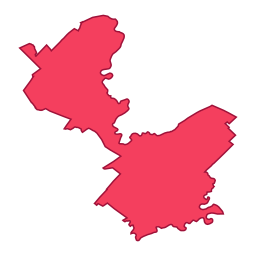 outline of Rafov, Prahova, Romania
{"feature_id": "2599482B7706005984570", "entity_name": "Rafov", "entity_type": "district", "adm_level": 2, "iso_a3": "ROU", "parent_name": "Romania", "parent_adm1": "Prahova", "projection": "equal_earth", "projection_center": [26.169, 44.85], "detail": "fine", "context": "isolated", "style": "filled", "palette": "rose", "viewbox_px": 256, "rotation_deg": 0, "n_neighbors": 0, "source": "geoboundaries", "source_scale": "gbopen_adm2", "svg_char_len": 5905}
<svg xmlns="http://www.w3.org/2000/svg" viewBox="0 0 256 256"><path d="M139.5,239.7L140.6,238.1L141.2,237.6L143.4,236.4L147.7,234.6L151.5,233.5L154.0,232.4L156.0,232.1L156.7,231.7L157.0,231.1L157.0,230.3L156.6,228.9L156.1,227.7L156.2,227.1L156.6,226.9L158.4,226.7L159.5,227.1L161.4,228.3L162.7,227.9L164.5,227.6L165.6,227.2L169.2,225.0L170.2,224.6L171.1,224.4L172.2,224.9L172.8,226.0L173.7,226.6L176.1,226.9L177.1,227.2L177.8,228.4L180.3,230.3L181.0,230.6L183.6,230.6L184.5,230.4L185.6,229.7L186.1,228.6L186.1,228.0L185.7,227.5L184.5,226.9L184.2,226.4L184.2,226.1L184.4,225.1L184.9,223.8L186.1,222.7L187.2,222.6L189.0,223.5L189.9,223.4L192.8,220.4L193.2,220.2L194.4,220.5L195.1,221.0L196.5,221.5L197.6,220.6L199.3,218.9L201.0,217.9L202.4,217.7L203.3,217.9L204.0,218.8L204.5,221.9L205.5,223.5L206.2,223.9L207.3,224.3L208.1,224.2L209.8,223.7L211.8,222.6L212.3,222.1L212.6,221.5L212.7,220.2L212.6,219.7L212.2,219.0L211.4,218.6L210.7,218.6L209.6,219.3L209.2,219.4L207.6,219.1L206.8,218.5L206.3,217.6L206.3,216.6L206.9,214.8L207.5,214.2L208.5,213.7L211.3,213.0L213.3,213.1L217.5,214.0L223.3,213.9L222.7,211.9L222.3,211.2L218.7,206.9L216.7,205.4L214.2,204.4L213.5,204.3L212.9,204.9L212.3,205.8L210.1,207.0L208.4,207.4L206.1,208.9L203.5,209.5L202.3,209.5L200.8,209.0L199.6,207.8L199.4,207.3L199.4,206.4L200.1,205.0L201.2,204.2L202.5,204.0L204.4,204.2L206.6,203.4L207.5,202.6L209.4,198.8L209.4,197.8L208.7,197.1L207.9,197.1L207.7,197.4L207.7,197.9L206.9,199.4L206.1,199.5L204.1,197.9L203.7,197.0L203.8,196.2L204.3,195.6L204.9,195.1L206.7,194.4L207.1,192.1L209.7,191.9L211.4,191.4L211.4,190.1L212.0,188.6L213.1,187.9L213.7,186.9L214.1,186.5L213.5,186.0L212.8,184.0L214.3,183.2L215.2,180.6L214.9,179.6L214.3,178.9L213.4,178.5L211.6,178.3L210.3,177.6L209.1,175.8L208.3,175.2L207.9,174.7L207.7,173.3L206.9,172.5L206.1,172.1L204.8,172.0L206.5,170.0L211.5,165.6L212.6,164.1L213.3,163.8L214.4,162.8L224.3,153.2L233.1,144.4L229.1,141.3L235.5,135.2L228.2,128.2L229.1,127.3L225.2,123.6L227.2,122.0L229.2,123.7L236.3,117.1L228.2,112.7L223.5,110.3L212.0,105.3L210.1,106.5L200.1,110.9L197.1,112.5L187.8,118.1L184.6,120.5L178.8,124.0L178.6,124.3L178.4,125.2L178.1,126.2L174.7,129.8L173.9,130.1L171.6,131.5L170.7,131.5L169.6,132.1L167.4,132.3L164.6,133.1L159.8,135.4L157.7,135.7L157.0,135.6L156.4,135.2L154.6,133.6L153.9,133.7L152.8,134.5L151.2,134.5L150.1,134.2L149.3,132.8L147.9,131.9L147.4,132.0L146.5,133.1L145.7,133.5L144.7,133.5L143.1,133.0L142.4,133.1L141.8,134.8L141.3,135.5L140.5,135.9L139.5,135.8L137.5,134.0L136.2,133.5L135.3,133.3L133.6,133.4L132.6,133.8L131.9,134.3L131.2,135.3L130.8,136.2L129.8,137.2L129.9,137.7L131.4,139.5L131.7,140.1L131.0,141.1L128.4,143.4L126.9,144.2L125.2,144.6L124.4,144.5L123.1,143.9L120.2,143.8L119.5,143.6L118.9,143.1L120.7,137.6L121.7,135.7L121.7,134.5L121.3,134.1L120.7,133.8L119.8,133.8L118.2,134.1L116.7,134.2L115.2,133.8L114.8,133.0L114.8,132.6L115.5,131.7L117.3,130.7L117.8,129.9L117.9,129.5L117.4,128.8L113.4,126.6L112.6,125.4L112.5,124.5L112.9,123.6L114.3,122.8L115.9,119.1L117.5,117.0L118.7,116.0L121.7,114.7L124.9,112.8L127.5,110.7L128.7,109.3L128.9,108.8L128.9,108.3L128.1,106.9L127.7,105.9L127.7,105.5L128.1,104.0L129.0,102.2L129.1,101.5L128.8,100.4L128.1,99.5L127.2,99.0L126.4,99.1L125.1,99.7L120.9,101.1L120.4,101.8L120.1,102.9L119.5,103.4L118.7,103.6L118.0,103.0L116.7,100.7L115.4,99.4L113.8,98.4L111.8,98.2L110.9,97.8L110.6,97.2L110.8,95.9L108.8,95.6L107.4,93.8L107.0,92.8L107.4,92.5L107.5,92.0L107.7,91.0L107.7,89.9L104.9,86.7L104.0,85.1L102.5,83.2L102.2,82.2L102.3,81.6L102.8,80.6L105.0,78.3L105.9,78.2L108.6,79.1L109.8,78.8L110.5,78.4L111.5,77.6L112.4,76.4L112.7,75.3L112.5,74.9L112.3,74.4L111.6,73.6L109.9,73.1L107.6,74.1L105.4,75.2L104.5,75.5L103.4,75.5L102.1,74.9L101.3,74.4L100.5,73.3L100.4,72.7L100.9,71.1L101.8,70.3L102.4,69.9L103.9,69.5L108.5,68.8L109.5,68.4L110.2,67.7L111.1,65.8L111.1,64.4L110.1,61.0L110.1,60.0L110.7,58.2L111.8,55.6L112.9,53.9L115.9,51.7L118.8,48.9L120.1,47.4L120.8,46.0L121.2,44.0L122.5,41.4L124.0,37.9L124.2,36.3L124.1,35.1L123.8,34.5L123.1,33.7L121.9,33.0L120.2,32.4L119.4,31.8L117.3,31.6L115.8,31.2L115.0,30.6L114.5,29.9L114.3,29.2L114.5,28.3L116.4,25.7L117.1,24.3L117.5,23.1L117.4,22.1L117.3,21.4L115.8,19.5L115.3,19.1L113.2,19.2L111.5,18.8L109.5,17.7L107.8,16.3L103.3,15.4L92.6,17.4L82.8,22.0L82.7,22.1L82.6,21.8L80.6,22.7L81.2,23.4L81.2,24.0L80.5,25.5L79.8,28.0L78.7,29.7L78.3,30.8L74.3,28.7L68.9,32.9L67.0,34.7L63.7,38.3L62.0,39.8L59.9,42.2L51.3,50.8L50.5,49.4L46.6,45.0L35.9,56.2L35.5,55.9L35.5,55.2L35.3,54.4L36.6,53.0L36.1,51.7L34.6,48.6L34.4,46.7L33.6,46.1L33.5,45.5L32.8,44.9L31.9,44.7L31.4,44.2L29.4,43.6L19.7,48.0L40.6,68.7L32.4,74.7L32.8,76.5L33.4,76.5L30.7,80.7L23.5,90.5L31.4,102.5L31.5,102.7L32.2,103.0L35.5,107.4L35.6,107.6L35.3,107.8L36.0,108.6L37.1,109.6L38.9,109.9L40.3,110.3L41.3,110.1L41.8,110.3L45.7,108.6L50.0,111.1L63.5,116.4L71.0,119.2L66.7,125.1L64.2,128.8L65.7,129.1L67.0,128.7L67.8,128.8L70.5,129.7L73.0,128.3L74.5,127.1L75.3,127.0L76.6,127.4L77.8,127.4L79.1,127.9L81.2,129.1L81.3,130.6L82.4,132.3L82.8,132.1L86.8,129.2L88.5,128.3L89.7,128.6L93.1,130.6L94.6,131.2L97.0,133.2L101.7,139.6L105.2,146.6L110.5,150.1L119.6,155.3L120.8,156.2L113.4,161.6L103.1,168.0L103.8,168.7L104.8,169.0L112.6,167.8L120.4,173.9L113.4,181.2L106.6,189.2L107.1,189.5L99.9,197.1L94.5,203.5L95.7,204.2L96.1,204.8L96.7,205.2L98.1,203.6L102.8,206.1L103.7,205.6L107.4,203.1L114.4,208.8L126.9,217.8L127.0,217.9L122.9,220.3L123.4,220.8L124.9,221.7L126.8,220.8L127.8,221.1L129.2,220.7L130.0,221.0L130.3,222.0L128.9,224.5L128.9,224.8L129.4,225.1L130.0,226.1L130.4,226.3L131.0,225.7L132.0,225.2L133.0,225.1L133.3,225.5L133.2,226.0L133.4,226.6L134.0,227.6L133.9,228.6L132.8,230.5L131.9,231.4L131.1,232.6L131.0,233.7L132.4,233.2L133.8,233.1L134.5,233.3L135.6,234.0L135.9,234.4L136.2,235.3L136.0,236.2L135.6,236.8L135.6,237.6L136.4,240.0L137.1,240.5L137.9,240.6L138.8,240.4L139.5,239.7Z" fill="#f43f5e" stroke="#9f1239" stroke-width="1.5"/></svg>